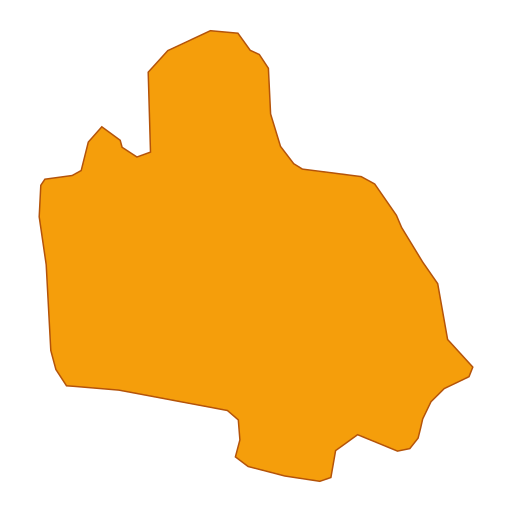 San Bernardino, Suchitepéquez, Guatemala (Natural Earth projection)
{"feature_id": "79465075B44616748162902", "entity_name": "San Bernardino", "entity_type": "district", "adm_level": 2, "iso_a3": "GTM", "parent_name": "Guatemala", "parent_adm1": "Suchitepéquez", "projection": "natural_earth1", "projection_center": [-91.453, 14.532], "detail": "fine", "context": "isolated", "style": "filled", "palette": "amber", "viewbox_px": 512, "rotation_deg": 0, "n_neighbors": 0, "source": "geoboundaries", "source_scale": "gbopen_adm2", "svg_char_len": 773}
<svg xmlns="http://www.w3.org/2000/svg" viewBox="0 0 512 512"><path d="M66.5,385.8L73.6,386.3L118.7,390.1L227.4,410.5L238.3,419.9L239.9,439.9L235.4,456.9L248.1,466.5L284.8,476.0L319.8,481.3L330.9,477.5L335.6,450.6L357.6,434.7L397.5,451.1L409.8,448.6L418.1,438.1L420.6,428.1L422.7,418.9L431.0,401.7L444.2,388.6L469.0,376.7L472.8,367.1L447.6,339.5L437.7,283.7L422.7,262.1L401.6,227.5L396.4,215.3L374.7,184.0L361.2,176.6L302.4,169.1L293.7,163.7L280.5,146.4L270.6,114.0L268.4,68.3L259.3,54.5L250.2,50.3L237.9,33.2L210.4,30.7L167.8,50.6L148.2,72.2L150.5,152.1L136.9,157.0L122.1,147.3L120.2,140.3L101.8,126.8L88.3,142.1L81.2,170.5L72.2,175.5L44.9,179.2L40.8,185.3L39.2,216.8L46.2,264.7L50.8,350.5L55.9,369.5L66.5,385.8Z" fill="#f59e0b" stroke="#b45309" stroke-width="1.5"/></svg>